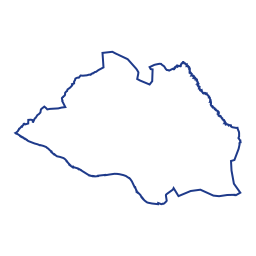 Briģu pag., Ludzas, Latvia (Mercator projection)
{"feature_id": "27541924B47965156776634", "entity_name": "Briģu pag.", "entity_type": "district", "adm_level": 2, "iso_a3": "LVA", "parent_name": "Latvia", "parent_adm1": "Ludzas", "projection": "mercator", "projection_center": [28.122, 56.451], "detail": "fine", "context": "isolated", "style": "outline", "palette": "blue", "viewbox_px": 256, "rotation_deg": 0, "n_neighbors": 0, "source": "geoboundaries", "source_scale": "gbopen_adm2", "svg_char_len": 5728}
<svg xmlns="http://www.w3.org/2000/svg" viewBox="0 0 256 256"><path d="M80.4,169.9L88.6,175.0L89.8,175.4L89.7,175.6L92.1,176.1L92.2,175.9L93.4,176.0L93.3,176.3L95.2,176.4L98.1,176.1L98.1,175.7L105.2,174.9L105.2,175.2L106.8,175.0L109.0,174.6L114.5,173.8L117.2,173.9L119.5,174.2L123.4,175.1L125.9,176.0L129.2,178.2L129.4,178.1L130.3,179.1L131.9,181.4L134.7,187.3L135.2,187.2L135.6,188.6L136.6,190.7L136.4,190.9L137.1,191.8L136.8,192.1L137.7,192.8L138.0,192.6L140.4,195.0L141.5,197.0L142.1,197.6L141.9,197.7L142.5,198.4L142.6,198.1L144.3,200.3L146.9,202.3L148.0,202.7L152.0,203.5L158.1,204.2L158.2,203.0L161.1,204.1L161.9,204.1L162.5,203.7L163.4,203.8L164.2,203.4L166.4,201.3L166.7,200.6L166.1,196.9L165.9,195.2L166.0,194.8L166.3,194.4L167.3,193.6L172.9,189.6L173.6,188.1L178.5,196.1L190.7,191.0L200.4,189.7L213.4,195.6L219.1,196.2L227.2,195.0L234.6,194.8L234.6,195.1L235.9,195.2L240.3,192.7L233.9,183.7L231.5,170.5L231.0,161.0L234.4,160.0L238.6,148.9L239.6,144.4L239.4,143.9L239.6,142.8L240.6,142.4L240.6,142.1L240.4,141.4L240.1,141.0L240.3,140.4L239.9,140.2L239.1,139.0L239.1,138.8L238.5,138.2L238.6,137.4L239.1,136.7L239.1,133.0L238.9,131.8L237.8,129.2L237.5,127.8L236.1,127.9L232.2,127.2L230.8,126.3L231.0,125.6L230.8,125.2L230.1,125.3L228.7,124.9L228.5,125.2L228.2,124.7L227.7,124.6L227.5,124.3L226.8,124.4L226.4,124.1L226.0,124.3L225.9,123.8L225.5,124.2L225.1,123.2L224.8,123.2L225.1,122.9L224.6,122.4L224.7,122.2L224.6,121.9L224.8,121.8L224.7,121.6L224.8,121.4L224.4,121.2L224.4,120.9L224.2,120.5L223.8,120.4L223.9,120.0L222.6,119.5L222.3,118.3L221.8,118.2L221.8,117.9L221.0,116.9L220.7,116.3L220.2,116.5L219.9,116.4L219.9,116.0L219.4,116.1L218.7,115.8L218.7,115.2L218.6,114.6L218.3,114.5L218.6,113.8L218.2,113.7L218.6,113.4L218.9,112.9L218.6,112.6L218.3,112.4L218.4,112.0L218.1,112.0L218.0,111.9L218.1,111.6L217.9,111.2L217.5,111.4L217.4,111.1L217.4,110.9L216.9,110.5L216.0,110.3L215.9,110.2L216.1,110.0L215.8,109.4L214.9,109.2L214.8,108.6L214.5,108.6L214.4,108.2L213.5,107.4L213.1,107.5L213.1,107.2L212.7,107.1L212.8,106.9L212.4,106.7L212.4,106.3L212.2,106.3L212.1,106.0L211.4,105.9L211.3,105.6L210.9,105.1L210.9,104.5L210.7,104.2L211.0,103.5L211.0,102.6L210.9,102.4L210.9,102.1L210.3,102.0L210.5,101.8L210.4,101.4L210.5,101.2L210.1,101.0L210.2,100.4L210.6,100.4L210.6,100.1L210.3,100.0L210.2,99.3L209.6,98.1L209.8,97.8L209.5,97.4L209.1,97.3L209.1,97.0L208.8,97.1L208.8,96.6L208.6,96.4L208.5,96.0L208.3,95.8L208.2,95.5L207.4,95.0L207.4,94.7L206.7,94.0L206.7,93.7L206.1,93.9L206.1,93.3L205.6,93.3L205.4,93.1L205.1,93.3L204.8,93.1L204.6,93.5L203.9,93.6L203.4,93.4L203.3,93.0L202.9,93.0L202.6,92.3L202.0,91.8L201.9,91.4L201.6,91.2L201.7,90.7L201.0,90.8L200.8,90.6L200.9,90.3L200.4,90.5L200.1,90.3L199.9,89.9L199.9,89.3L199.5,89.0L199.7,88.8L199.6,88.6L199.0,88.5L199.4,87.6L199.1,87.3L199.4,87.1L199.3,86.9L199.4,86.7L198.4,86.4L198.4,86.0L198.0,85.9L197.7,85.5L198.0,85.2L197.9,84.9L198.2,84.7L198.1,84.3L197.5,84.1L198.3,83.6L198.1,83.4L197.5,83.5L197.8,82.9L197.9,82.6L197.7,82.3L197.7,82.0L197.3,81.7L197.3,81.4L197.1,80.9L196.6,80.7L196.6,80.3L196.9,80.1L196.8,79.9L196.9,79.5L196.2,79.0L195.5,79.3L195.5,79.2L195.7,78.9L195.6,78.7L194.9,78.5L195.3,78.0L195.2,77.7L193.6,77.8L194.1,76.8L193.9,76.1L193.1,75.5L192.9,75.5L192.8,75.8L192.6,75.6L192.3,75.7L192.0,75.4L191.4,75.5L191.5,75.3L191.8,74.8L191.6,74.2L191.7,73.8L191.1,73.5L191.0,73.1L190.3,73.1L190.3,72.6L189.6,72.6L189.6,71.7L189.9,71.5L189.6,70.9L189.8,70.6L189.7,69.7L189.3,69.4L189.4,69.2L189.8,69.2L189.8,68.3L189.6,68.1L189.0,68.1L188.8,67.9L188.8,67.6L189.1,67.4L189.1,67.0L188.8,66.8L188.5,67.0L188.3,67.0L188.1,66.7L188.2,66.4L188.1,66.1L187.3,66.1L187.6,65.8L187.3,65.6L187.4,65.4L186.7,64.7L186.7,64.3L185.9,64.6L185.7,64.5L185.6,64.0L185.1,63.3L184.2,63.3L183.9,62.5L183.4,62.0L183.0,62.0L182.3,63.3L181.7,63.3L180.8,64.8L180.9,65.9L180.6,66.3L178.9,65.9L178.4,66.0L177.5,66.8L177.2,66.5L177.4,65.5L177.1,65.4L176.6,66.0L175.2,67.0L175.5,67.5L175.1,68.0L174.3,68.0L174.2,68.2L174.4,68.7L174.2,69.2L173.7,69.3L172.7,68.8L169.1,70.6L168.5,70.2L166.8,70.0L165.8,69.0L164.2,66.4L161.7,64.6L161.1,63.9L159.3,63.8L155.4,64.6L154.3,64.9L149.6,67.1L150.7,69.1L152.6,69.4L152.2,81.2L149.6,84.5L140.0,80.5L137.2,79.0L138.2,74.1L138.4,72.3L137.1,70.0L136.1,68.6L127.7,59.2L115.4,53.4L112.4,51.8L102.5,52.9L103.5,67.4L98.4,70.1L96.1,71.8L94.7,72.1L94.1,72.7L93.3,72.9L93.0,73.4L92.1,73.5L91.8,73.8L91.3,73.9L91.1,74.4L90.5,74.8L89.2,74.6L86.9,75.3L82.7,75.7L80.6,75.5L78.8,77.7L77.9,77.6L76.7,77.9L75.4,78.6L74.9,80.4L74.1,81.5L74.1,83.4L72.1,84.1L72.4,84.7L72.0,85.1L72.1,85.5L70.0,87.7L67.5,89.5L67.1,91.0L66.5,91.3L65.2,92.7L65.1,93.1L65.1,94.2L64.9,95.1L64.5,95.7L63.4,96.5L63.2,97.0L62.8,97.1L62.0,97.9L61.9,98.4L62.0,99.0L62.5,100.6L62.2,101.0L65.3,107.1L61.4,107.6L58.3,108.4L49.8,108.9L47.3,109.4L46.0,108.0L44.3,106.6L41.3,109.0L40.9,109.6L40.4,112.5L38.9,114.1L37.4,115.1L35.7,117.8L34.8,118.4L33.2,121.9L32.8,121.8L32.7,120.1L30.8,119.7L28.3,119.9L28.2,123.5L25.2,124.4L24.6,123.8L24.1,123.7L23.7,123.9L23.5,124.2L23.3,125.0L22.3,125.9L22.2,126.6L22.0,126.8L21.5,126.5L19.6,128.6L19.1,128.7L19.0,128.9L18.9,129.6L18.3,130.1L17.9,131.1L16.2,132.6L15.4,133.0L16.0,133.5L16.2,133.2L20.4,135.9L20.3,136.3L21.5,137.0L21.7,136.7L22.8,137.3L22.7,137.5L24.6,138.8L24.8,138.5L26.8,139.8L26.7,140.0L28.4,141.1L34.6,143.5L37.6,144.3L40.0,145.3L40.3,145.1L43.3,145.9L46.1,147.0L46.6,147.4L46.7,147.5L46.8,147.7L48.2,148.6L50.0,150.4L51.5,151.4L51.2,151.9L54.1,154.5L54.4,154.2L55.6,155.3L57.0,156.3L59.9,156.9L63.6,158.1L65.3,159.4L66.9,161.2L66.7,161.4L69.7,164.6L69.5,164.8L70.2,165.2L70.1,165.4L72.3,167.0L72.3,166.9L73.3,167.3L73.4,166.9L73.7,167.2L77.4,168.3L78.3,169.0L78.4,168.7L80.5,169.8L80.4,169.9Z" fill="none" stroke="#1e3a8a" stroke-width="2"/></svg>